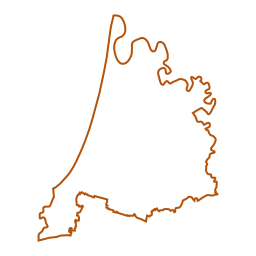 Quang Xuong, Thanh Hóa, Vietnam, rotated 180°
{"feature_id": "81297802B40676303665635", "entity_name": "Quang Xuong", "entity_type": "district", "adm_level": 2, "iso_a3": "VNM", "parent_name": "Vietnam", "parent_adm1": "Thanh Hóa", "projection": "robinson", "projection_center": [105.774, 19.675], "detail": "fine", "context": "isolated", "style": "outline", "palette": "amber", "viewbox_px": 256, "rotation_deg": 180, "n_neighbors": 0, "source": "geoboundaries", "source_scale": "gbopen_adm2", "svg_char_len": 5641}
<svg xmlns="http://www.w3.org/2000/svg" viewBox="0 0 256 256"><g transform="rotate(180 128 128)"><path d="M40.3,64.6L40.7,65.2L40.9,66.3L39.7,68.5L39.2,72.3L39.2,74.0L39.3,74.2L39.7,74.4L41.3,74.1L41.9,74.4L42.0,74.7L40.8,77.2L40.8,78.0L41.5,78.4L43.5,78.3L44.3,78.5L44.7,79.2L44.9,81.1L45.1,81.5L47.7,81.8L48.7,82.5L49.7,84.5L50.1,86.0L49.7,87.6L49.9,89.8L48.8,91.4L48.9,92.1L49.9,94.0L49.9,94.4L49.6,95.0L48.6,96.7L46.6,98.5L46.3,101.1L45.8,102.0L44.4,102.7L41.9,103.3L41.4,103.8L41.4,104.2L41.5,104.5L44.5,105.9L44.9,106.6L45.0,106.9L44.9,107.6L44.6,108.3L42.8,110.5L41.5,112.6L40.5,115.2L40.3,116.2L40.5,117.2L40.7,117.8L42.4,119.6L43.0,120.0L44.9,120.7L46.0,121.4L47.2,123.4L47.7,125.5L49.4,126.0L50.1,126.5L50.4,127.3L47.0,128.9L46.2,129.9L46.1,131.6L46.6,132.8L47.5,133.2L48.8,133.0L51.9,131.1L53.8,133.8L54.6,134.3L55.4,134.4L57.0,134.1L58.2,134.3L59.0,135.0L60.0,138.1L60.7,139.5L63.1,143.1L57.3,146.6L54.6,148.0L54.1,147.9L50.2,144.7L49.4,144.0L48.6,142.5L47.6,141.8L46.9,141.9L46.3,142.3L44.9,144.4L43.9,146.5L41.2,151.5L40.9,152.5L40.7,154.5L40.9,155.9L41.2,156.8L41.5,157.1L42.1,157.2L42.6,157.1L43.2,156.6L43.9,155.7L45.3,152.6L45.9,152.3L48.6,152.5L50.0,153.0L51.1,153.8L51.7,154.9L51.6,156.3L51.0,157.2L47.6,159.4L45.5,161.3L45.1,161.9L45.1,162.5L45.4,162.9L46.4,163.1L48.9,162.6L49.8,162.8L50.5,163.6L50.5,164.5L50.2,165.2L49.2,166.0L47.1,166.9L46.5,167.9L46.5,169.2L46.7,170.2L47.4,172.4L48.2,173.1L48.8,173.3L49.3,173.3L50.9,172.5L52.1,171.6L55.7,174.9L54.8,175.8L54.6,176.9L54.6,177.4L54.9,178.2L55.7,179.1L57.0,179.4L58.0,179.0L59.9,177.2L60.4,177.0L61.0,177.2L63.8,179.0L64.4,179.0L64.8,178.6L64.8,177.4L63.6,174.8L63.1,173.2L63.3,171.5L63.9,170.0L66.3,165.6L66.8,165.2L67.5,165.0L68.3,165.1L69.0,165.8L69.3,166.4L69.3,168.1L68.7,169.5L68.3,171.0L68.4,172.0L69.2,173.6L70.3,175.1L71.1,175.8L74.0,176.8L75.7,177.0L77.6,176.5L79.1,175.6L83.2,174.0L84.9,172.7L85.9,172.5L87.0,173.1L88.5,174.8L89.2,174.9L90.6,174.1L91.9,172.2L93.0,171.2L93.8,171.3L94.4,171.7L95.0,172.4L95.9,174.6L97.7,181.5L97.9,183.0L97.7,184.2L97.2,185.5L96.5,186.4L95.0,187.4L93.0,188.1L92.0,187.9L91.1,187.4L90.4,186.2L90.0,183.2L89.6,182.5L89.0,182.2L87.5,182.3L85.9,183.6L85.4,184.1L85.3,184.6L85.3,185.5L85.5,186.1L86.5,187.6L88.1,189.3L91.4,191.6L91.9,191.9L92.2,192.5L92.3,193.3L92.0,194.2L91.5,194.7L89.5,195.7L89.0,196.1L88.5,197.2L88.3,197.7L88.3,201.5L88.6,203.1L89.6,206.4L91.6,211.4L92.3,212.3L93.3,213.2L95.0,214.0L96.9,213.9L98.1,212.9L98.6,211.7L100.3,206.3L101.3,204.9L103.0,204.6L103.6,204.7L104.8,205.9L105.7,207.4L107.7,212.9L108.8,214.8L110.7,216.9L112.8,217.9L113.6,218.1L114.9,217.9L119.9,216.0L122.7,214.4L123.8,212.7L124.1,210.8L124.0,207.4L124.3,202.0L125.1,199.7L126.4,197.1L127.7,195.2L129.9,193.1L130.7,192.7L132.5,192.3L134.0,192.2L135.0,192.6L136.3,193.3L137.5,194.6L138.6,196.1L140.0,199.0L141.1,202.8L141.8,206.8L141.7,210.1L141.4,212.4L140.6,214.5L140.0,215.9L138.8,217.2L136.3,218.7L134.4,219.3L133.0,220.6L131.6,222.3L131.0,223.8L130.7,225.3L130.7,227.9L131.0,230.2L132.0,233.8L133.7,237.1L134.8,238.5L136.3,239.7L138.8,240.4L140.3,240.6L142.5,240.4L143.4,236.1L144.6,231.5L145.5,226.7L149.3,198.5L152.0,184.2L156.7,162.4L163.4,137.7L166.6,127.0L171.0,114.7L175.1,104.7L179.6,94.9L182.4,89.5L186.3,83.2L188.3,80.7L195.7,72.5L200.6,68.5L202.9,67.4L202.6,66.1L202.6,65.2L202.1,58.9L203.0,57.5L204.8,52.8L206.0,50.2L206.5,49.6L207.1,49.4L210.3,49.4L212.1,48.9L212.7,48.0L212.6,44.9L212.8,44.0L213.6,43.4L215.4,43.0L216.0,42.4L216.3,41.7L216.3,39.0L216.2,38.0L215.8,37.5L215.4,37.5L213.5,38.6L212.0,38.5L210.9,37.0L210.6,36.1L210.1,33.2L208.3,29.7L208.6,29.1L209.1,28.7L211.7,28.3L212.1,28.0L212.8,27.0L213.9,24.6L216.4,22.6L217.2,21.5L217.4,20.7L217.4,15.4L207.0,18.2L199.6,19.0L194.9,20.5L188.7,20.8L185.4,20.5L185.3,21.6L184.7,23.3L186.3,23.9L186.8,24.5L186.8,26.0L186.5,27.0L185.9,27.9L185.6,28.1L184.7,27.9L184.2,27.2L184.8,25.8L184.8,25.4L181.1,25.4L181.3,27.5L180.5,28.3L180.6,28.9L179.9,29.7L180.3,32.8L180.1,33.7L180.8,33.9L180.8,35.6L180.3,36.1L178.9,35.5L177.7,35.3L177.1,35.6L177.1,37.8L176.9,38.0L177.8,40.4L179.0,40.6L178.6,43.1L176.3,43.5L174.3,47.0L174.1,47.7L173.2,49.1L173.8,49.7L173.5,50.1L173.8,50.3L174.7,49.3L176.0,49.9L176.2,49.4L176.7,49.5L176.4,50.1L177.2,50.6L178.4,50.7L178.4,51.0L179.2,51.1L179.7,55.9L179.7,57.4L178.4,60.8L177.2,61.7L176.4,61.7L176.2,62.3L176.6,62.8L176.2,63.5L175.5,63.2L175.3,62.6L174.1,63.8L173.2,63.0L172.1,62.6L171.5,61.7L170.5,62.5L168.7,61.1L168.3,61.4L167.8,60.7L164.5,59.6L163.5,58.9L161.9,58.6L161.5,60.0L148.7,56.5L149.1,53.9L149.9,51.5L149.8,51.2L148.9,50.6L149.3,50.4L149.6,48.5L148.5,48.3L148.5,47.6L147.2,47.4L147.2,46.8L144.8,46.3L142.6,45.6L142.5,45.1L142.7,44.2L140.0,43.5L139.6,44.3L138.8,44.0L139.0,43.4L128.8,40.2L128.5,40.7L128.2,40.6L126.7,39.9L126.2,40.4L123.0,40.2L122.5,40.7L121.9,40.7L122.1,41.5L121.5,41.9L119.8,38.9L119.3,38.4L114.8,36.8L110.0,34.5L109.0,40.4L107.8,40.1L106.9,39.5L106.5,39.5L106.2,39.7L106.0,40.3L104.7,40.7L104.2,41.2L104.1,42.9L104.5,44.4L103.6,44.8L103.6,45.3L102.3,45.6L102.3,46.3L101.2,47.0L100.8,47.0L100.5,46.2L99.2,47.5L98.1,45.9L97.1,44.9L96.8,44.7L95.8,45.6L94.6,45.8L93.0,45.8L92.1,46.8L89.4,47.0L87.5,46.8L87.1,46.7L85.4,45.2L84.0,45.9L83.0,45.7L82.3,45.1L81.8,43.9L81.3,43.9L81.1,44.0L80.8,44.5L80.8,46.1L80.6,47.1L80.0,48.0L77.2,48.3L76.1,49.0L75.2,50.1L73.8,53.1L73.2,54.9L73.2,55.4L69.4,57.4L67.4,59.1L65.6,59.2L64.3,58.7L62.5,56.1L61.7,55.4L61.7,56.7L61.4,57.1L60.0,57.8L59.3,57.8L59.1,57.6L58.8,57.1L58.4,55.2L57.6,55.5L53.3,58.5L49.3,60.7L48.1,61.0L44.9,60.5L43.3,60.5L42.7,60.6L41.3,61.3L39.2,61.4L38.6,61.7L38.7,62.3L40.8,63.6L40.8,64.1L40.3,64.6Z" fill="none" stroke="#b45309" stroke-width="2"/></g></svg>